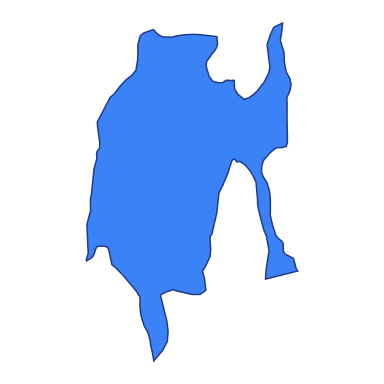 outline of Dhulaymat Habur, Amran, Yemen
{"feature_id": "15242507B9657421257860", "entity_name": "Dhulaymat Habur", "entity_type": "district", "adm_level": 2, "iso_a3": "YEM", "parent_name": "Yemen", "parent_adm1": "Amran", "projection": "equal_earth", "projection_center": [43.768, 16.038], "detail": "fine", "context": "isolated", "style": "filled", "palette": "blue", "viewbox_px": 384, "rotation_deg": 0, "n_neighbors": 0, "source": "geoboundaries", "source_scale": "gbopen_adm2", "svg_char_len": 5924}
<svg xmlns="http://www.w3.org/2000/svg" viewBox="0 0 384 384"><path d="M153.8,361.0L162.9,350.0L167.3,341.4L168.1,331.3L166.8,320.8L160.4,295.0L165.5,292.2L173.2,289.7L173.5,289.5L174.5,290.4L192.2,294.5L200.2,294.4L205.9,290.2L204.4,278.1L204.0,276.8L203.7,275.6L203.3,274.5L203.0,272.9L202.8,272.4L202.7,271.7L202.4,271.2L206.0,265.4L210.1,256.3L210.7,249.7L210.0,239.9L210.3,235.7L211.7,234.7L216.8,213.0L218.9,193.2L219.2,192.6L219.3,192.1L219.8,191.2L220.9,189.0L221.3,188.0L221.9,187.2L222.4,186.0L222.9,185.1L223.4,183.9L223.8,182.7L224.2,181.8L224.7,180.8L224.8,180.3L225.8,178.3L226.1,177.7L226.3,176.9L227.0,175.2L227.3,174.6L228.0,172.8L228.2,172.1L228.5,171.6L228.8,170.2L228.9,169.7L229.1,169.2L229.2,168.6L229.5,167.8L229.7,166.9L230.0,166.2L230.5,165.1L230.7,164.5L230.9,163.8L231.1,163.0L231.4,162.2L231.6,161.6L232.5,160.0L233.0,159.4L233.6,159.1L234.0,159.2L234.4,159.2L234.8,159.5L235.2,159.7L235.5,160.1L236.5,161.6L237.0,161.9L237.8,161.8L238.3,161.7L239.0,161.5L240.0,161.5L241.4,162.4L241.8,162.8L242.1,162.9L242.6,163.2L243.1,163.4L243.9,164.0L244.3,164.4L244.6,164.5L245.9,165.8L246.2,166.1L246.7,166.6L247.4,167.6L247.8,168.0L248.4,168.8L248.7,169.2L250.0,170.9L251.8,173.5L252.0,173.9L253.1,175.9L253.9,177.5L254.4,178.4L255.0,179.9L255.4,180.6L255.7,181.4L256.0,182.1L257.6,200.1L257.6,204.0L257.8,205.5L257.8,206.1L258.1,206.7L258.3,208.8L260.7,218.4L263.8,229.9L266.4,236.2L269.0,250.2L269.1,250.4L266.1,269.7L265.5,279.1L297.7,271.0L296.1,268.4L293.5,258.4L284.8,253.9L283.3,250.7L283.3,248.6L283.2,248.4L283.2,248.0L283.2,247.7L283.2,247.3L283.2,247.0L283.2,246.2L283.3,245.8L283.2,244.1L283.1,243.7L283.1,243.3L282.7,242.5L282.1,241.5L281.5,241.0L281.0,240.6L280.8,240.4L280.2,240.0L279.9,239.6L279.6,239.4L279.3,239.2L278.9,238.8L278.7,238.7L278.2,238.2L276.7,236.4L276.5,236.0L276.2,235.8L276.1,235.5L275.8,235.1L275.7,234.8L275.6,234.7L275.6,234.3L275.4,233.9L275.2,233.5L275.0,232.7L274.8,232.0L274.7,231.5L274.4,230.7L274.3,230.4L274.1,230.1L274.0,229.6L273.8,229.0L273.6,228.4L273.4,227.9L273.2,227.6L273.2,227.2L273.0,226.4L272.8,226.2L272.7,225.6L272.6,225.3L272.5,224.9L272.3,224.3L272.3,223.7L272.2,223.4L272.2,223.1L272.0,222.9L272.0,222.6L271.8,222.3L271.8,221.8L271.6,221.4L271.5,221.0L271.3,220.1L271.1,219.8L271.1,219.1L271.0,218.8L271.0,218.4L270.8,217.7L270.8,217.2L270.3,215.8L270.3,215.5L270.2,215.1L270.2,213.6L270.3,212.7L270.4,211.7L270.3,206.8L270.3,206.4L270.4,206.1L270.4,203.9L270.4,203.4L270.3,199.2L270.3,198.9L270.3,198.2L270.1,198.0L270.1,196.8L270.0,196.1L270.0,194.5L269.9,194.1L269.9,193.5L269.7,193.0L269.5,191.7L269.4,191.0L269.2,189.8L269.0,189.3L268.8,188.6L268.7,188.1L268.4,187.5L268.3,187.2L268.1,187.0L268.1,186.7L267.8,185.7L267.6,184.9L267.5,184.6L267.4,184.4L267.3,183.8L267.1,183.4L267.0,183.0L266.9,182.8L266.6,182.6L266.6,182.2L266.4,181.9L266.3,181.6L266.0,181.2L265.8,180.8L265.4,180.3L265.1,179.7L264.9,179.6L264.6,178.9L264.3,178.6L264.0,178.0L263.7,177.5L263.3,176.7L263.2,176.4L263.0,176.1L262.8,175.6L262.3,174.5L262.2,174.3L262.0,173.5L261.8,172.9L261.6,172.3L261.5,171.8L261.5,170.5L261.6,170.1L261.6,169.2L261.7,168.5L261.7,168.0L261.7,167.3L261.7,166.9L261.8,166.7L261.8,166.1L261.9,165.8L261.9,165.6L262.1,165.2L262.1,164.9L262.3,164.1L262.4,163.8L262.6,163.5L262.7,162.5L262.9,162.2L262.9,161.7L263.0,161.4L263.2,161.2L263.4,161.0L263.6,160.5L264.1,159.7L264.6,159.0L265.2,158.3L265.5,157.9L265.9,157.6L266.3,157.1L266.6,156.9L266.8,156.7L267.0,156.5L267.4,155.9L268.1,155.2L268.5,154.5L269.0,153.9L270.4,152.6L271.0,152.1L272.2,150.9L272.6,150.7L272.9,150.4L273.1,150.2L273.9,149.7L274.3,149.2L275.0,148.8L275.2,148.7L275.9,148.3L276.2,148.2L277.3,147.6L281.9,147.6L286.3,146.3L287.4,142.1L287.4,135.4L287.1,124.0L287.0,112.5L287.1,107.3L286.9,97.4L287.9,95.4L290.0,90.5L291.1,84.6L289.7,78.1L286.2,72.0L284.3,62.1L284.0,52.4L280.3,40.3L281.9,30.7L282.6,23.0L273.8,27.3L270.1,35.1L270.0,35.5L267.1,45.0L269.9,66.7L269.1,72.2L264.2,82.1L257.0,91.2L253.4,94.6L249.2,97.6L244.0,99.3L237.5,93.8L234.5,88.6L234.2,80.6L233.4,80.2L232.7,80.2L232.3,80.4L232.1,80.4L231.8,80.5L230.8,80.5L230.5,80.5L230.1,80.5L229.7,80.4L228.7,80.4L228.4,80.3L228.2,80.2L227.0,80.2L226.7,80.2L226.5,80.4L226.3,80.4L225.9,80.7L225.3,80.9L224.1,81.5L223.0,82.2L222.3,82.8L218.6,82.8L213.5,81.5L211.8,80.2L211.8,79.9L209.0,76.2L209.0,75.9L208.8,75.5L208.6,75.1L208.6,74.6L208.4,73.7L208.2,72.9L207.9,72.0L207.8,71.6L207.6,71.2L207.3,70.3L207.2,70.0L206.9,69.4L206.9,69.0L206.8,68.4L206.6,68.1L206.6,67.7L206.6,67.4L206.4,66.9L206.4,66.5L206.2,66.3L206.2,64.1L206.4,63.8L206.4,62.6L206.6,62.2L206.7,61.4L207.4,60.3L207.6,60.1L208.0,59.4L208.8,58.4L209.0,58.1L210.1,56.8L210.7,56.0L211.1,55.1L212.1,53.9L212.6,53.3L212.8,53.0L213.5,52.2L214.0,51.6L214.2,51.2L215.0,50.2L215.7,49.2L216.0,48.5L216.2,48.1L216.5,47.5L216.6,47.1L217.2,45.6L217.4,44.8L217.5,44.2L217.5,43.6L216.8,36.6L207.1,35.5L199.6,34.6L194.4,34.4L186.2,34.6L178.4,35.6L171.5,37.2L162.1,36.8L157.1,33.7L153.4,29.6L143.9,32.9L140.2,35.9L137.8,45.0L137.9,55.0L137.5,60.7L135.9,70.4L131.9,75.2L125.6,80.2L119.8,86.5L114.7,93.4L110.1,97.5L97.3,122.1L97.6,126.9L99.6,141.4L99.8,142.6L99.5,148.0L98.6,149.5L97.0,151.7L96.6,153.8L96.8,158.8L94.1,168.5L91.4,194.4L90.4,199.4L90.6,211.7L90.2,212.1L87.5,222.2L86.9,225.1L88.2,253.4L86.3,259.6L86.6,260.9L86.8,260.9L89.2,259.2L90.7,258.4L92.9,256.4L94.3,253.6L95.7,249.0L96.7,246.8L99.1,246.2L104.6,246.2L107.1,247.1L108.4,248.6L109.1,251.3L111.9,264.7L113.5,265.9L114.9,267.1L116.4,268.4L117.7,269.8L119.1,271.2L123.1,275.4L125.7,278.4L127.1,280.2L128.5,281.8L129.6,283.3L130.9,284.6L135.1,289.7L136.5,291.5L137.6,293.2L138.3,294.8L139.6,296.4L140.0,298.5L140.1,300.5L139.9,304.5L140.0,306.7L140.1,309.0L140.7,313.8L141.2,315.9L141.8,318.2L142.6,320.7L143.9,325.3L147.3,331.3L148.1,333.4L148.9,335.6L150.1,341.0L150.8,345.8L151.4,348.3L152.0,350.8L152.5,353.1L153.4,358.3L153.7,360.5L153.8,361.0Z" fill="#3b82f6" stroke="#1e3a8a" stroke-width="1.5"/></svg>